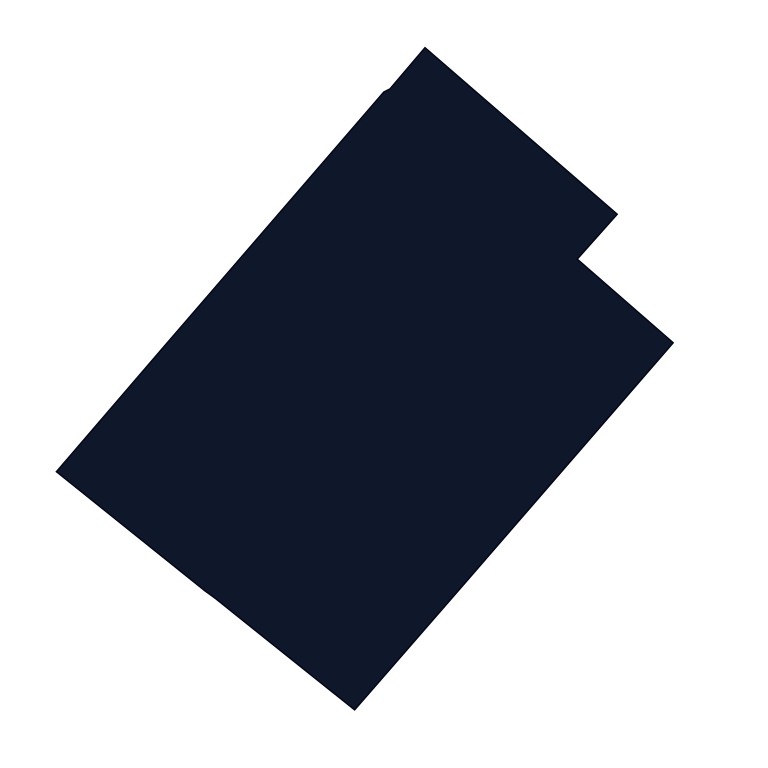 George, Mississippi, United States of America, rotated 131°
{"feature_id": "52423323B66820493102445", "entity_name": "George", "entity_type": "district", "adm_level": 2, "iso_a3": "USA", "parent_name": "United States of America", "parent_adm1": "Mississippi", "projection": "natural_earth1", "projection_center": [-88.654, 30.866], "detail": "fine", "context": "isolated", "style": "filled", "palette": "ink", "viewbox_px": 768, "rotation_deg": 131, "n_neighbors": 0, "source": "geoboundaries", "source_scale": "gbopen_adm2", "svg_char_len": 351}
<svg xmlns="http://www.w3.org/2000/svg" viewBox="0 0 768 768"><g transform="rotate(131 384 384)"><path d="M163.2,192.8L163.0,320.1L102.9,319.4L103.3,573.7L157.4,573.1L163.7,575.7L369.3,575.0L504.1,574.6L665.1,573.7L657.6,383.6L656.5,371.1L653.6,298.7L649.2,192.4L484.7,192.3L163.2,192.8Z" fill="#0f172a" stroke="#020617" stroke-width="1.5"/></g></svg>